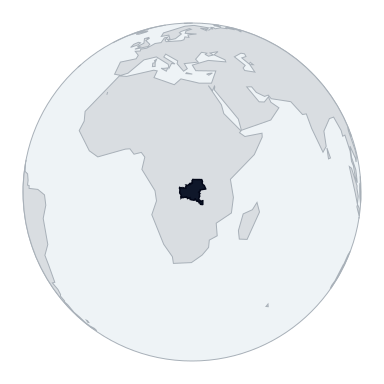 Katanga on an orthographic globe
{"feature_id": "COD-1897", "entity_name": "Katanga", "entity_type": "Province", "adm_level": 1, "iso_a3": "COD", "parent_name": "Democratic Republic of the Congo", "parent_adm1": "", "projection": "orthographic", "projection_center": [26.036, -9.229], "detail": "fine", "context": "on_globe", "style": "filled", "palette": "ink", "viewbox_px": 384, "rotation_deg": 0, "n_neighbors": 0, "source": "natural_earth", "source_scale": "10m", "svg_char_len": 9437}
<svg xmlns="http://www.w3.org/2000/svg" viewBox="0 0 384 384"><circle cx="192" cy="192" r="169" fill="#eef3f6" stroke="#a8b0b8"/><path d="M26.1,160.2L25.7,162.1L26.1,160.2ZM25.6,162.5L25.1,171.4L27.6,173.9L28.1,180.4L27.5,185.1L29.1,185.5L29.1,188.4L37.8,189.4L44.5,194.9L45.8,205.2L43.2,218.4L47.8,244.5L44.9,255.3L48.9,265.8L54.8,282.3L52.4,282.9L57.9,289.4L60.6,294.6L60.4,296.0L64.6,301.0L64.6,302.0L67.6,304.6L73.9,312.2L79.3,316.8L85.5,322.7L89.1,325.3L89.1,325.5L90.8,327.0L93.0,328.6L90.5,327.0L86.4,323.9L77.3,316.1L68.7,307.6L60.8,298.5L53.5,288.8L47.0,278.7L41.2,268.1L36.1,257.2L31.9,245.9L28.4,234.3L25.8,222.6L24.1,210.6L23.2,198.6L23.1,186.5L24.0,174.5L25.6,162.5ZM96.8,330.7L91.7,327.9L93.6,329.0L89.8,325.9L94.4,328.4L96.8,330.7ZM87.8,322.3L86.4,320.2L87.6,320.8L88.8,322.5L87.8,322.3ZM348.5,128.4L348.7,128.8L349.7,131.6L347.6,127.0L348.5,131.1L355.2,150.2L356.3,155.1L356.1,162.0L355.4,158.2L350.0,146.1L351.6,157.5L355.8,169.8L357.3,182.7L355.3,177.1L353.4,165.8L351.5,161.2L350.1,151.0L344.9,135.1L342.7,136.2L341.1,130.4L333.6,117.1L329.4,118.6L323.9,131.1L326.2,146.3L323.0,152.2L311.7,128.5L306.3,113.9L302.5,114.5L290.8,101.7L271.2,98.7L268.2,95.1L264.6,96.4L256.3,92.4L251.6,86.8L246.7,86.9L259.1,101.8L264.3,102.0L268.4,96.9L270.9,102.3L278.9,107.8L270.8,120.0L241.4,130.3L238.3,119.0L214.3,89.9L214.8,86.9L214.7,86.6L214.4,86.0L212.5,90.8L208.3,85.6L221.4,104.8L223.8,113.6L241.0,130.9L239.5,132.7L244.9,136.5L262.0,133.2L262.2,137.1L254.3,154.6L230.4,179.3L233.4,197.4L231.4,213.0L216.2,223.2L217.2,235.8L209.3,240.1L208.6,247.4L202.1,255.1L191.4,262.6L173.4,263.4L172.4,256.7L163.7,244.3L151.8,214.7L156.5,200.9L155.0,190.7L141.9,169.4L144.8,157.1L141.3,152.4L134.0,154.2L129.9,148.8L125.4,149.1L97.8,156.9L89.3,150.8L79.2,130.6L84.2,121.1L85.1,111.4L119.4,75.9L126.7,76.4L153.8,70.2L157.2,70.9L154.0,77.6L174.3,84.7L180.9,78.9L199.3,83.2L211.5,83.2L215.8,71.0L195.8,70.7L192.3,65.1L208.3,60.4L225.8,61.9L225.0,59.8L214.0,54.8L218.0,51.6L210.1,53.0L213.3,55.0L208.5,56.2L205.3,54.5L206.8,53.2L201.5,52.3L195.6,59.2L198.2,62.1L184.3,63.6L187.3,68.7L183.6,71.2L177.1,63.7L177.7,60.9L165.7,54.1L163.8,57.0L175.0,63.9L171.5,63.5L169.0,68.3L168.2,64.3L156.4,56.9L143.9,59.9L128.0,73.2L120.7,75.4L114.6,74.2L120.4,62.1L136.1,58.8L138.3,55.3L135.2,51.3L140.2,51.0L140.8,49.2L146.7,48.2L155.1,43.5L161.1,42.6L164.4,37.9L168.0,37.0L165.0,39.9L166.1,41.7L181.1,40.7L184.0,39.7L184.9,36.9L188.9,37.4L187.9,34.9L196.5,34.0L185.2,33.3L186.0,31.0L191.2,29.3L189.4,28.6L181.0,31.5L179.4,32.8L181.4,34.0L175.4,38.7L170.2,39.8L168.8,35.1L161.3,36.4L163.5,32.9L185.0,26.2L194.0,25.4L208.8,27.9L206.7,28.9L200.3,28.2L206.2,30.6L205.7,29.5L209.0,30.1L210.7,28.7L213.1,29.1L210.5,27.3L213.6,27.7L215.2,28.8L220.3,27.8L226.9,28.7L226.9,28.4L225.0,27.7L234.6,29.8L234.1,29.5L230.8,28.6L227.8,27.6L226.2,26.8L229.6,27.5L230.6,27.9L237.9,30.2L240.2,31.6L241.4,31.9L240.3,30.9L231.4,28.0L229.4,27.4L234.0,28.6L232.2,28.1L232.3,28.0L235.6,28.8L230.7,27.5L242.5,30.8L254.2,34.9L265.5,39.9L276.5,45.7L287.0,52.3L297.0,59.6L306.4,67.7L315.2,76.4L323.4,85.8L330.8,95.7L337.5,106.1L343.4,117.0L348.5,128.4ZM107.7,92.0L106.8,94.8L107.7,92.0ZM244.7,70.5L254.9,72.1L249.8,64.6L253.3,64.7L250.2,62.3L249.3,64.1L241.8,57.9L246.0,56.5L244.5,53.8L240.9,53.2L234.4,56.8L245.2,65.4L243.1,68.0L244.7,70.5ZM26.1,159.8L25.9,161.3L25.8,161.8L26.1,159.8ZM80.8,64.8L78.1,67.2L79.3,66.1L80.8,64.8ZM138.5,42.3L140.5,42.8L138.2,44.8L130.6,47.4L133.8,44.3L138.5,42.3ZM143.9,43.2L144.5,38.6L149.3,37.3L146.5,38.7L149.6,38.3L145.9,40.5L149.8,44.3L148.0,46.5L134.9,49.2L140.2,46.9L137.9,46.3L143.9,43.2ZM137.9,33.7L138.3,33.0L148.1,30.9L146.7,31.9L139.0,34.2L136.2,34.3L137.9,33.7ZM165.6,25.1L165.3,25.2L164.3,25.3L165.6,25.1ZM163.0,25.5L162.9,25.6L160.5,26.0L159.4,26.3L155.0,27.2L153.4,27.7L152.2,27.9L150.6,28.6L149.8,28.5L146.7,29.5L149.1,29.0L128.0,35.7L119.7,39.3L113.1,42.7L112.9,42.7L124.9,37.0L137.3,32.1L150.0,28.3L163.0,25.5ZM161.1,68.3L163.7,68.4L167.8,67.9L166.3,71.2L161.1,68.3ZM152.8,63.2L155.2,62.6L155.1,66.5L152.4,66.6L152.8,63.2ZM156.6,59.3L155.3,62.3L154.4,60.7L156.6,59.3ZM167.2,39.4L169.7,38.9L170.0,39.5L168.5,40.6L167.2,39.4ZM186.0,23.5L184.2,23.5L184.9,23.4L183.8,23.3L187.4,23.1L189.5,23.1L186.0,23.5ZM212.4,73.0L208.8,75.2L207.0,74.1L208.6,73.5L212.4,73.0ZM186.4,72.7L192.3,74.1L185.9,73.6L186.4,72.7ZM189.7,23.3L188.9,23.2L191.2,23.3L189.7,23.3ZM190.0,23.1L192.7,23.1L187.7,23.1L190.0,23.1ZM268.0,304.0L268.2,306.7L266.0,306.5L268.0,304.0ZM259.5,212.0L247.1,239.4L239.3,239.1L238.4,230.6L243.2,213.9L252.4,209.7L257.0,202.4L259.5,212.0ZM358.9,218.6L359.1,217.0L359.1,217.3L358.9,218.6ZM359.2,216.1L357.9,210.9L356.9,206.9L357.5,204.5L359.2,208.3L359.2,216.1ZM357.4,204.2L355.3,193.3L349.3,166.5L351.5,168.2L357.1,186.0L356.9,188.2L358.2,196.2L357.4,204.2ZM360.8,199.0L360.5,203.7L360.2,200.2L359.9,197.8L359.7,187.4L359.8,183.2L360.3,184.3L360.2,176.3L360.8,199.0ZM326.9,147.9L330.5,158.0L328.5,158.9L326.9,147.9ZM351.3,136.0L350.9,135.8L350.1,133.4L350.0,132.4L351.3,136.0ZM219.0,25.2L216.5,25.3L217.1,25.9L221.1,27.0L214.4,25.8L213.5,24.8L219.0,25.2ZM202.8,23.4L202.4,23.4L202.8,23.4ZM331.1,287.9L330.2,288.6L331.7,285.3L335.0,280.8L343.5,264.3L343.4,265.1L348.0,254.8L350.2,251.3L344.8,264.0L338.5,276.3L331.1,287.9Z" fill="#d9dde1" stroke="#a8b0b8" stroke-width="1"/><path d="M201.7,179.6L201.8,179.8L202.0,180.3L202.2,180.7L202.4,181.4L202.5,181.7L202.5,181.9L202.1,182.4L202.1,182.5L202.2,183.0L202.3,183.5L202.5,183.9L202.7,184.2L202.7,184.4L202.8,184.5L203.2,184.8L203.6,185.0L203.9,185.2L204.3,185.7L204.4,185.9L204.7,186.4L204.9,187.3L205.5,188.2L205.7,188.8L205.7,189.0L200.4,189.8L200.5,190.2L200.4,190.4L200.3,190.7L199.9,191.2L199.5,191.6L199.2,191.8L198.8,192.0L198.7,192.1L198.8,192.3L199.1,192.3L199.2,192.5L199.3,192.8L199.5,193.0L199.4,193.0L199.5,193.1L199.5,193.5L199.6,193.8L199.5,194.1L199.5,194.6L199.4,194.9L199.5,195.1L199.5,195.3L199.6,195.6L199.5,195.8L199.6,196.0L199.7,196.3L199.3,196.8L199.3,197.0L199.2,197.1L199.2,197.3L199.1,197.5L199.0,197.8L198.9,198.1L198.9,198.3L198.7,198.6L198.7,198.8L198.8,198.9L198.8,199.0L198.9,199.3L199.0,199.5L199.1,199.8L199.3,199.9L199.5,200.0L199.8,200.2L199.9,200.3L200.0,200.4L200.1,200.6L200.3,200.7L200.4,200.8L200.6,201.3L200.8,201.3L201.0,201.3L201.3,201.3L201.6,201.4L201.8,201.5L202.0,201.6L202.0,201.4L201.9,201.3L201.8,201.2L201.9,200.9L202.2,200.8L202.3,200.8L202.6,200.8L202.7,200.7L202.8,200.7L202.8,204.4L202.7,204.5L202.3,204.5L202.3,204.4L202.2,204.3L202.3,204.2L202.4,203.9L202.2,203.8L201.8,204.0L201.4,204.2L201.1,204.4L200.9,204.3L200.5,204.3L200.4,204.2L200.2,203.6L200.1,203.4L199.9,203.1L199.7,202.8L199.6,202.7L199.4,202.7L199.3,202.8L199.2,202.8L199.2,202.6L199.0,202.4L199.1,202.2L198.9,201.7L198.6,201.5L198.3,201.5L198.2,201.4L197.9,201.3L197.5,201.3L197.5,201.1L197.2,201.0L197.2,200.9L197.0,201.1L196.7,201.1L196.3,200.7L196.1,200.3L196.1,200.2L196.0,199.9L195.5,199.6L195.4,199.4L195.4,199.1L195.3,198.9L195.0,199.0L194.9,199.0L194.8,199.3L194.7,199.4L194.7,199.5L194.7,199.8L194.5,200.0L194.4,200.1L194.1,200.1L193.9,200.2L193.4,200.1L193.2,199.9L192.9,199.9L192.8,200.0L192.7,200.0L192.4,199.9L191.8,199.9L191.6,199.7L191.3,199.6L191.1,199.6L190.8,199.4L190.7,199.4L190.6,199.5L190.4,199.5L190.4,199.3L190.2,199.2L189.9,198.8L189.9,198.7L189.8,198.4L189.9,198.2L189.9,197.8L189.5,198.0L189.4,198.0L188.9,198.0L188.5,198.2L188.4,198.2L188.2,198.2L188.0,198.4L187.8,198.4L187.7,198.5L187.4,198.6L187.2,198.4L186.9,198.4L187.1,198.3L187.2,198.1L187.3,197.9L187.2,197.8L187.2,197.7L187.0,197.4L186.8,197.4L186.6,197.3L186.4,197.1L186.4,196.9L186.1,196.9L185.9,197.1L185.7,197.3L185.4,197.3L185.1,197.3L184.6,197.1L184.3,197.2L183.8,197.5L183.3,197.6L183.0,197.5L182.8,197.4L182.7,197.4L182.5,197.5L182.4,197.6L182.2,197.5L181.9,197.4L181.7,197.6L181.3,197.8L181.1,198.0L181.1,197.9L181.0,197.5L181.0,197.3L180.9,197.3L180.9,197.1L180.8,196.8L181.0,196.7L181.2,196.4L181.3,196.4L181.2,196.3L181.2,196.0L181.1,195.8L181.2,195.6L181.2,195.4L180.9,194.7L180.7,194.1L180.4,194.0L180.3,193.8L180.2,193.7L179.9,193.3L179.9,193.2L179.7,192.7L179.8,192.1L179.8,191.7L179.8,190.9L180.0,190.3L180.1,190.2L180.1,189.9L180.0,189.7L179.9,189.5L180.0,189.4L179.9,189.2L179.8,188.9L179.7,188.7L179.5,188.4L179.5,188.2L179.5,187.9L179.7,187.4L180.1,187.6L180.3,187.7L180.4,187.8L180.7,187.8L180.9,187.9L181.6,187.8L181.8,187.7L182.0,187.6L182.2,187.9L182.2,188.0L182.4,188.1L182.6,188.1L182.8,188.1L183.0,188.1L183.4,187.9L183.6,187.8L183.7,188.1L183.8,188.2L184.0,188.1L184.3,188.1L184.5,188.2L184.8,188.1L185.1,188.1L185.3,188.0L185.5,188.1L185.6,187.9L185.9,187.9L185.8,187.6L185.8,187.0L185.9,186.9L186.0,186.6L185.9,186.4L186.0,186.2L186.1,185.9L186.2,185.7L186.4,185.6L186.5,185.4L186.4,185.4L186.5,185.4L186.4,185.3L186.4,185.2L186.5,185.2L186.4,185.1L186.6,185.1L186.7,185.4L186.8,185.4L187.1,185.6L187.3,185.6L187.5,185.4L187.8,185.4L188.0,185.2L188.3,185.1L188.7,184.8L188.7,184.6L188.8,184.5L188.9,184.4L189.2,184.4L189.4,184.5L189.6,184.5L189.8,184.7L190.2,184.6L190.3,184.4L190.5,184.2L190.4,184.1L190.1,184.1L189.8,183.8L189.7,183.7L189.8,183.5L190.1,183.5L190.4,183.5L190.5,183.5L190.7,183.4L190.9,183.4L191.2,183.1L191.3,183.0L191.7,183.2L191.7,183.3L191.8,183.4L192.0,183.2L192.3,183.3L192.4,183.2L192.3,182.9L192.4,182.5L192.4,182.3L192.4,181.9L192.3,181.7L192.2,181.6L192.1,181.4L192.2,181.2L192.3,181.0L192.2,180.8L192.1,180.7L192.3,180.4L192.5,180.0L192.7,179.5L201.7,179.6Z" fill="#0f172a" stroke="#020617" stroke-width="1.5"/></svg>